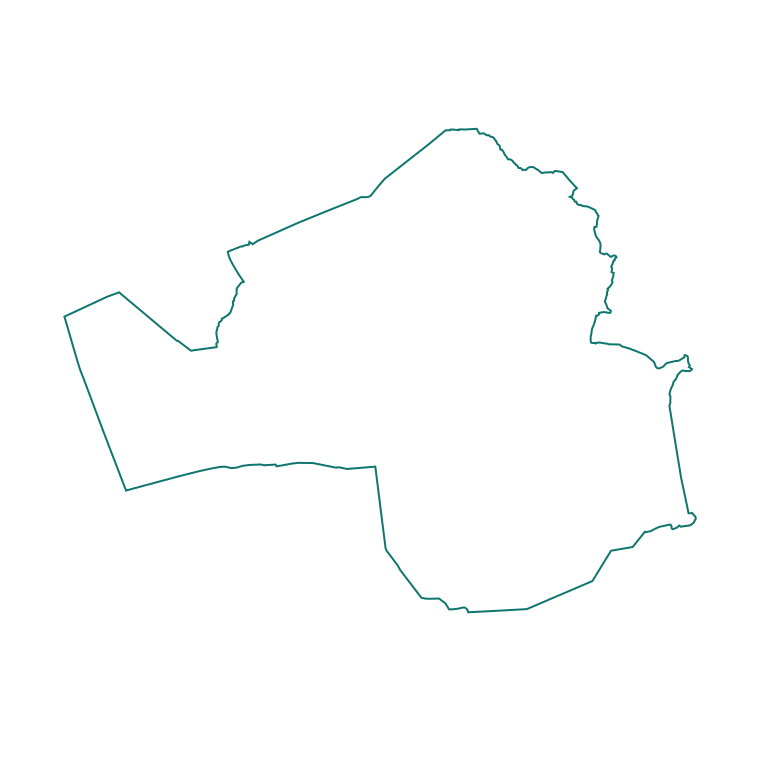 the district of Purépero, Michoacán, Mexico, rotated 352°
{"feature_id": "50627088B73803065324582", "entity_name": "Purépero", "entity_type": "district", "adm_level": 2, "iso_a3": "MEX", "parent_name": "Mexico", "parent_adm1": "Michoacán", "projection": "robinson", "projection_center": [-101.968, 19.91], "detail": "fine", "context": "isolated", "style": "outline", "palette": "teal", "viewbox_px": 768, "rotation_deg": 352, "n_neighbors": 0, "source": "geoboundaries", "source_scale": "gbopen_adm2", "svg_char_len": 6148}
<svg xmlns="http://www.w3.org/2000/svg" viewBox="0 0 768 768"><g transform="rotate(352 384 384)"><path d="M113.7,453.6L128.0,451.8L150.4,449.0L155.0,448.5L157.0,448.2L169.1,446.7L186.8,444.8L200.4,443.7L209.7,443.3L215.0,443.7L221.0,446.0L226.6,446.3L232.1,445.4L238.7,445.4L250.6,446.5L254.2,447.9L254.5,447.7L256.5,448.0L265.5,448.7L266.2,450.6L282.0,450.0L286.4,450.1L288.4,450.2L302.7,452.4L324.6,460.1L327.8,460.2L335.6,463.0L363.9,464.6L363.1,518.7L362.7,546.7L363.2,549.1L372.5,565.9L374.1,570.4L391.3,600.9L394.6,602.1L396.7,602.6L402.4,603.4L407.1,603.9L408.8,604.2L411.6,607.2L414.3,609.7L417.0,616.2L421.0,616.7L425.4,616.8L429.8,616.5L431.2,616.4L431.9,616.4L432.9,616.6L433.9,617.5L434.7,618.6L435.1,619.5L435.6,620.6L435.5,621.4L435.9,621.8L457.3,623.7L494.1,626.8L563.0,608.1L585.6,580.7L607.6,580.0L621.8,566.6L622.5,566.8L622.7,567.0L623.0,567.3L623.7,567.1L624.0,567.1L624.9,566.9L627.5,566.9L631.7,565.3L636.7,563.8L640.9,563.5L647.7,563.0L648.5,563.6L648.9,564.9L648.8,567.1L649.7,568.0L653.2,567.3L654.7,566.5L656.8,565.3L657.9,566.6L663.7,566.6L667.8,566.5L671.1,564.6L674.0,560.9L673.9,559.0L673.8,558.4L673.5,558.1L673.2,557.7L672.7,557.3L672.4,556.8L671.2,554.6L669.9,554.7L668.7,554.6L667.6,554.4L666.8,542.0L665.2,519.1L664.7,498.8L664.4,484.4L664.4,483.5L664.1,470.0L663.6,445.3L664.6,443.3L665.1,441.7L665.2,440.1L665.6,438.6L665.8,436.4L665.8,435.5L665.5,435.2L665.3,434.7L665.3,433.9L665.8,432.6L666.4,430.9L667.8,428.0L669.6,425.6L671.0,422.2L673.9,419.6L676.0,415.9L678.8,413.6L679.9,412.9L681.5,412.2L682.6,412.3L684.0,413.2L685.4,413.2L688.0,413.7L689.9,413.3L691.1,412.1L688.3,409.7L689.5,408.3L688.6,406.2L688.3,404.4L688.3,402.9L688.5,401.6L688.6,399.2L687.1,397.6L685.7,397.3L685.1,399.4L682.1,400.7L680.2,401.5L678.4,402.1L676.1,401.8L671.4,402.2L667.4,402.6L666.6,402.9L665.9,403.3L664.7,404.2L662.8,405.7L660.0,406.5L658.7,406.8L657.8,406.8L656.5,406.0L655.8,405.0L655.3,403.6L654.6,400.4L654.3,399.7L653.8,399.0L651.5,396.4L648.9,393.4L648.0,392.4L646.9,391.6L645.3,390.6L642.1,388.8L637.2,385.9L634.6,384.6L633.7,384.1L632.7,383.4L629.8,382.1L625.0,379.9L624.0,379.0L623.0,378.0L622.8,377.8L622.2,377.6L616.2,376.6L613.5,376.2L611.9,375.8L610.7,375.2L609.3,374.8L606.8,374.1L604.7,373.4L603.5,372.9L601.4,372.9L600.1,372.8L599.2,373.3L599.0,372.9L598.6,372.7L597.9,372.6L595.7,372.4L594.7,371.5L594.7,369.6L595.3,365.7L596.0,363.8L596.7,362.2L596.8,361.1L597.4,359.1L598.7,356.5L599.6,355.3L601.5,351.4L602.9,347.9L603.6,345.9L604.8,346.1L606.9,344.6L606.9,343.5L608.1,343.4L611.5,343.3L613.7,343.9L616.4,344.8L618.0,344.9L618.6,344.2L618.8,343.3L618.2,342.4L615.9,340.2L615.4,337.1L614.2,333.0L615.8,329.8L616.6,327.5L617.3,326.7L617.5,326.5L617.6,326.1L617.5,325.6L617.4,325.2L617.6,324.3L618.1,323.3L618.4,323.0L618.6,322.8L618.9,322.1L618.9,321.9L618.6,321.5L618.5,321.2L618.5,320.9L618.7,320.7L619.1,320.5L619.7,320.1L621.3,318.9L622.3,318.0L622.8,317.4L624.3,315.3L624.5,314.7L624.4,314.0L624.1,313.2L624.6,312.0L626.1,309.1L626.5,307.2L626.6,306.2L626.8,305.9L625.0,304.9L626.0,301.0L625.3,299.5L627.1,296.9L628.0,294.6L628.6,293.8L629.6,293.7L629.6,293.4L629.6,293.1L629.7,292.7L630.1,292.2L630.6,291.5L631.0,291.3L631.4,291.3L631.8,291.1L631.8,290.7L631.7,290.1L631.5,289.8L630.7,289.2L630.3,288.8L630.0,288.7L629.3,288.7L628.3,289.0L626.2,289.7L622.8,285.9L621.5,285.8L620.3,286.3L619.0,285.7L616.7,284.4L616.1,283.2L616.9,280.8L617.3,278.9L617.7,277.6L617.8,275.3L617.5,273.5L616.7,271.4L615.5,269.3L614.6,267.2L614.1,264.6L613.7,260.5L613.7,259.5L613.9,258.7L614.2,257.9L614.7,257.9L615.2,257.8L615.5,257.9L615.9,258.0L616.3,257.9L617.2,254.8L617.5,253.3L617.6,252.3L618.0,251.6L618.7,249.9L619.5,248.5L619.8,247.4L619.4,247.1L619.2,246.8L619.0,245.4L618.8,244.6L618.5,244.2L617.9,243.6L617.7,243.1L617.6,242.6L617.6,241.7L617.3,241.2L613.7,238.7L611.4,237.3L609.4,236.2L609.1,236.1L608.4,236.1L607.6,236.0L606.3,235.6L605.4,235.3L604.7,234.8L604.0,234.3L603.6,234.0L602.7,234.2L601.6,233.5L600.7,232.9L600.3,232.5L600.1,232.2L599.9,230.5L599.7,230.3L599.6,230.1L599.3,230.1L599.0,230.1L598.5,230.1L598.3,229.9L598.2,229.6L598.0,228.4L597.9,228.1L597.2,227.5L596.6,226.8L596.2,225.8L596.1,225.6L594.2,224.6L596.1,224.0L597.4,222.7L598.6,219.0L602.3,217.0L595.9,207.8L590.4,199.0L583.1,196.8L580.5,198.5L579.7,197.6L578.4,197.6L577.9,197.3L576.9,197.2L576.1,197.4L574.7,197.3L574.0,196.9L571.4,197.0L569.8,197.1L568.2,195.6L566.0,193.3L563.8,191.5L562.8,190.5L561.8,190.0L560.6,189.7L558.8,189.6L557.0,189.8L554.3,191.9L552.5,191.2L551.4,191.5L551.0,191.4L550.0,189.7L549.3,189.2L547.3,188.8L546.3,186.2L545.0,185.1L544.5,183.9L543.7,183.4L542.9,182.0L542.3,180.9L541.5,180.0L540.0,179.0L538.1,178.8L536.5,175.2L535.5,173.8L534.6,170.7L533.4,168.5L531.9,168.0L531.6,164.0L529.7,162.0L528.8,159.0L527.8,157.5L527.2,155.8L526.1,154.8L524.8,154.1L524.0,154.0L523.1,153.0L522.6,152.2L521.5,152.2L520.7,152.1L519.9,151.5L519.3,151.2L518.5,150.2L517.2,149.6L513.5,149.5L512.2,146.8L511.4,144.2L499.9,143.3L494.1,142.3L493.6,143.0L485.5,141.2L484.8,141.9L480.2,141.4L461.5,152.9L458.4,154.7L413.4,180.8L410.2,183.6L406.4,186.9L396.7,196.0L394.0,196.6L390.7,196.3L387.4,195.7L383.1,197.1L353.9,204.2L327.0,211.0L317.9,213.4L279.2,224.5L273.4,227.3L270.5,224.5L269.4,227.3L264.7,227.4L264.1,227.7L263.2,228.2L261.9,227.8L249.1,230.9L247.8,231.3L247.9,233.4L248.1,235.6L248.9,239.1L251.1,245.2L255.7,256.0L259.4,263.3L259.1,263.5L258.3,263.4L257.5,263.5L257.1,263.6L256.6,263.9L252.5,267.8L251.4,269.1L250.8,272.4L250.7,274.4L249.2,276.1L247.3,278.7L247.3,280.5L245.8,281.3L245.7,284.8L244.6,286.5L242.8,290.0L242.3,291.0L241.4,292.3L240.4,292.7L240.2,293.5L238.7,294.0L237.2,295.0L235.6,295.3L234.2,296.5L232.6,296.6L232.1,298.3L231.1,299.2L229.4,299.9L228.7,301.1L228.5,302.5L228.4,303.5L227.2,304.3L226.8,305.2L226.6,306.3L226.1,307.3L225.4,308.8L225.1,309.3L225.0,313.7L225.4,319.2L223.8,320.3L223.5,321.0L223.6,322.6L223.3,324.2L201.3,324.1L197.6,324.2L187.2,313.8L186.3,312.8L184.8,312.3L143.7,266.7L134.3,256.3L133.3,256.6L121.8,259.1L76.9,272.8L83.5,318.2L85.1,327.8L87.1,336.1L90.3,350.4L99.6,392.4L104.7,414.5L113.7,453.5L113.7,453.6Z" fill="none" stroke="#0f766e" stroke-width="2"/></g></svg>